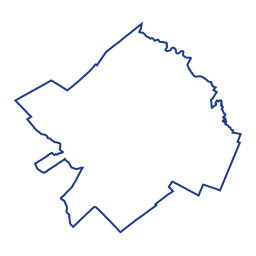 the district of Morteni, Dâmbovita, Romania
{"feature_id": "2599482B842172523344", "entity_name": "Morteni", "entity_type": "district", "adm_level": 2, "iso_a3": "ROU", "parent_name": "Romania", "parent_adm1": "Dâmbovita", "projection": "natural_earth1", "projection_center": [25.227, 44.65], "detail": "fine", "context": "isolated", "style": "outline", "palette": "blue", "viewbox_px": 256, "rotation_deg": 0, "n_neighbors": 0, "source": "geoboundaries", "source_scale": "gbopen_adm2", "svg_char_len": 5693}
<svg xmlns="http://www.w3.org/2000/svg" viewBox="0 0 256 256"><path d="M68.1,162.1L68.6,162.5L68.9,162.9L69.8,164.5L70.4,165.7L71.0,166.4L71.3,167.2L72.0,167.7L72.8,167.8L73.4,168.0L75.8,169.1L77.0,169.0L81.4,167.7L82.0,167.6L82.6,167.7L82.4,168.1L79.6,173.1L78.0,176.3L77.6,176.7L77.2,178.0L76.5,179.3L73.1,184.9L73.1,185.1L72.7,186.0L72.1,186.6L72.1,186.8L70.9,188.1L70.4,188.5L69.7,189.3L66.5,192.4L64.3,195.0L62.9,196.2L62.1,196.8L61.4,197.4L61.0,198.1L61.0,198.5L61.3,198.9L62.2,199.6L64.3,200.9L66.9,206.8L66.9,209.3L66.7,209.7L66.4,210.8L66.5,211.2L67.2,213.0L69.2,214.6L69.1,215.2L69.5,216.0L69.4,216.3L69.1,216.7L69.2,217.2L69.5,218.5L69.7,220.4L70.0,221.5L69.9,222.2L70.0,223.0L70.3,223.8L73.2,226.9L75.1,225.0L76.6,223.7L79.2,221.0L85.1,215.4L87.7,212.8L89.1,211.8L91.6,209.2L93.9,207.1L94.0,207.0L94.6,207.0L96.3,207.5L98.8,209.9L104.4,215.4L105.8,217.1L110.0,221.2L113.5,224.8L120.1,231.9L120.4,232.1L121.4,231.5L122.6,230.4L133.5,222.0L135.4,220.3L136.5,219.7L142.9,215.2L149.9,209.9L156.3,205.4L155.4,204.2L159.0,201.4L164.3,197.4L168.6,194.0L169.1,193.7L169.8,193.4L170.9,192.8L172.9,191.3L171.5,189.5L170.0,188.1L168.9,187.1L168.8,186.8L169.5,185.7L172.2,181.6L173.0,181.9L178.6,184.8L181.9,186.6L185.5,188.4L186.5,189.1L198.6,195.5L199.6,193.2L199.6,192.9L199.9,192.2L201.2,189.0L201.5,188.6L201.6,188.3L202.8,185.3L203.1,184.6L203.3,184.6L203.6,184.6L210.7,187.1L211.3,187.4L211.9,187.5L217.2,189.3L220.0,190.5L228.1,170.9L230.0,166.4L234.1,156.4L234.9,154.6L239.7,143.0L239.8,142.7L237.6,141.9L240.6,134.1L239.5,133.8L238.0,133.6L234.1,132.7L232.5,132.7L232.5,132.4L232.9,130.2L232.1,130.1L231.6,129.8L231.0,129.3L230.7,128.8L230.5,127.9L230.3,127.5L229.9,127.3L229.3,127.2L229.0,127.0L228.6,126.3L228.1,125.7L227.3,125.2L225.8,124.5L225.2,124.1L225.2,123.9L225.3,123.6L226.3,122.2L225.9,121.5L225.4,121.6L225.3,121.8L224.7,122.0L223.9,121.8L222.9,121.2L222.8,120.8L222.9,120.7L223.1,120.5L223.5,120.3L224.3,120.0L224.6,120.2L225.1,120.2L225.7,120.0L225.7,119.7L225.6,119.3L225.0,118.2L224.6,117.8L223.6,117.9L223.3,117.8L223.2,117.3L223.3,117.0L223.6,116.8L224.9,115.6L225.0,115.4L225.2,115.0L225.1,114.2L224.8,113.7L224.3,113.7L224.0,113.5L223.7,112.6L223.4,112.1L223.3,111.8L222.9,111.2L222.8,110.6L222.5,110.3L222.3,109.9L221.8,109.1L221.7,108.9L221.8,108.7L222.7,107.8L222.8,107.5L222.8,107.2L222.6,106.6L222.2,106.3L221.5,106.1L221.2,105.7L221.5,105.6L221.7,105.4L221.8,104.4L221.7,104.2L221.2,104.1L221.1,103.9L221.1,103.7L221.6,103.5L221.7,103.3L221.4,102.4L221.4,102.1L221.6,101.8L221.6,101.4L221.2,100.7L220.4,100.3L219.8,100.6L219.2,101.3L218.5,101.2L218.3,101.4L218.1,101.3L218.1,100.9L217.7,100.9L217.5,100.6L217.4,100.5L217.1,100.5L216.1,101.6L215.6,102.8L215.7,103.2L215.8,103.3L216.0,103.5L215.9,103.7L216.2,103.9L216.2,104.3L216.0,104.6L215.5,105.1L215.2,105.5L214.7,105.7L213.9,106.2L213.3,106.5L213.2,106.6L213.1,106.9L212.8,107.3L212.4,107.6L211.8,107.8L211.7,107.5L211.4,103.3L211.0,99.8L212.4,98.8L216.7,92.0L213.4,90.0L215.6,87.4L214.4,87.0L213.8,86.8L212.4,85.9L212.3,85.7L212.3,85.0L212.3,84.7L211.4,83.8L211.3,83.6L211.5,82.8L211.4,82.5L211.2,82.3L208.1,81.3L206.9,80.1L206.0,79.4L202.9,77.2L200.7,76.4L200.3,76.4L199.6,76.3L196.2,76.7L195.9,76.7L194.0,75.9L191.6,72.5L190.6,71.4L190.2,70.0L190.1,69.8L189.4,69.6L189.3,69.4L188.4,67.1L188.0,66.5L187.6,65.5L187.4,64.8L187.5,64.5L187.6,64.1L190.9,58.2L190.5,57.8L189.8,57.7L187.3,57.7L186.3,57.5L185.5,57.2L183.2,55.5L183.1,55.1L183.0,54.3L183.4,52.6L183.4,52.0L183.3,51.5L183.1,51.4L182.8,51.2L181.9,51.0L181.0,51.4L179.9,52.1L179.2,52.8L178.2,53.5L177.2,53.4L176.8,53.2L176.5,53.0L176.2,52.4L175.9,51.6L175.9,50.7L175.8,49.9L175.6,49.6L174.5,48.3L173.9,48.0L173.0,47.6L172.3,47.7L171.8,48.1L170.5,50.1L169.2,50.7L168.0,50.9L167.6,51.1L167.2,51.1L166.2,50.7L165.5,50.1L165.5,49.5L166.9,47.3L167.1,46.7L167.1,46.3L166.8,45.5L166.6,45.1L166.9,44.5L166.9,44.1L166.8,43.5L166.5,42.9L166.2,42.6L164.9,42.8L164.6,42.7L163.6,42.1L160.6,41.9L159.8,41.9L159.5,41.8L158.6,40.0L158.1,39.6L157.6,39.6L155.8,40.3L154.5,40.7L154.3,40.6L153.9,39.7L152.9,38.4L152.0,38.1L151.7,38.2L150.8,38.7L150.4,38.7L148.6,37.4L146.5,36.4L146.1,36.1L145.5,35.4L144.9,34.3L144.2,33.8L143.0,32.8L141.9,32.6L139.8,32.4L139.5,32.3L139.3,31.9L139.3,31.6L140.8,28.8L141.0,28.0L141.5,24.8L141.7,23.9L137.1,27.4L134.7,29.4L132.0,31.4L130.4,32.9L129.5,33.4L126.9,35.6L126.0,36.1L125.3,36.9L124.5,37.4L119.5,41.6L114.0,45.7L106.8,51.4L105.9,52.3L101.0,59.3L99.3,61.9L96.9,65.3L96.1,64.6L95.8,64.4L95.6,64.4L91.7,68.9L89.8,71.0L86.5,74.0L78.8,81.0L75.9,83.4L75.7,83.5L72.2,86.5L67.2,90.4L62.5,87.3L51.3,80.4L40.3,86.6L29.2,92.7L26.6,94.2L22.2,96.6L15.4,100.5L17.3,102.6L26.0,111.4L27.8,113.4L31.2,116.7L27.3,119.2L30.7,123.4L32.9,125.9L34.6,128.2L35.2,128.9L37.3,130.9L39.0,132.0L40.8,133.6L41.4,134.1L42.0,134.3L43.7,134.4L44.8,134.8L46.1,135.4L46.7,135.8L47.4,136.6L47.5,136.9L47.4,137.2L47.4,137.6L47.6,137.9L48.0,138.1L49.1,138.5L49.6,138.5L50.2,138.6L51.0,139.3L51.3,139.9L51.7,140.2L53.4,141.1L54.4,142.0L55.1,142.3L55.8,142.3L56.9,142.4L57.9,142.8L58.9,143.1L59.4,143.1L59.8,143.3L60.2,143.7L60.4,144.8L60.3,146.2L59.7,149.4L59.9,149.7L60.8,150.5L61.4,150.9L62.0,151.5L62.6,151.9L62.9,152.1L62.7,152.4L62.2,152.5L61.1,153.0L60.2,153.3L59.1,153.3L58.5,153.5L57.6,154.1L57.5,154.5L57.2,154.6L55.8,154.1L55.4,154.3L54.5,155.0L54.3,155.0L53.6,154.5L52.2,153.1L51.9,153.0L51.6,153.0L51.0,153.3L49.5,154.3L48.0,155.1L47.6,155.5L47.6,155.8L35.2,163.6L35.2,163.9L37.1,168.3L37.4,168.7L38.2,169.5L42.6,172.4L43.1,172.6L44.1,172.3L44.7,172.6L47.4,170.8L47.6,170.7L47.7,170.4L55.6,165.3L56.6,164.7L57.5,163.9L64.1,159.7L64.8,158.9L65.5,160.0L65.8,160.3L67.0,161.2L67.7,162.0L68.1,162.1Z" fill="none" stroke="#1e3a8a" stroke-width="2"/></svg>